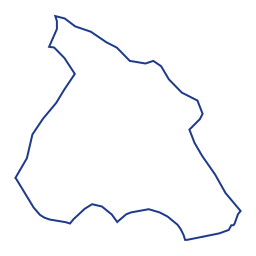 outline of Pyongsong City, P'yŏngan-namdo, North Korea
{"feature_id": "82179303B57975227411207", "entity_name": "Pyongsong City", "entity_type": "district", "adm_level": 2, "iso_a3": "PRK", "parent_name": "North Korea", "parent_adm1": "P'yŏngan-namdo", "projection": "robinson", "projection_center": [125.901, 39.318], "detail": "fine", "context": "isolated", "style": "outline", "palette": "blue", "viewbox_px": 256, "rotation_deg": 0, "n_neighbors": 0, "source": "geoboundaries", "source_scale": "gbopen_adm2", "svg_char_len": 873}
<svg xmlns="http://www.w3.org/2000/svg" viewBox="0 0 256 256"><path d="M240.6,211.0L225.5,193.0L215.1,174.5L202.2,156.0L194.5,142.8L189.4,129.6L199.9,119.1L202.6,113.8L198.2,102.5L197.5,100.6L181.8,92.6L168.9,79.4L161.1,66.2L153.3,60.9L145.5,63.5L129.8,60.9L116.8,47.6L106.4,42.3L90.8,31.7L75.2,26.4L64.8,18.5L55.3,16.1L56.9,21.1L56.9,29.0L49.1,46.8L54.1,47.5L64.5,58.1L74.8,73.9L64.2,89.7L56.2,102.9L43.0,118.7L32.4,134.5L26.9,158.2L15.4,178.0L16.4,179.2L33.6,207.5L40.0,214.9L44.3,217.6L49.6,219.5L65.7,222.2L70.0,223.5L73.6,219.1L77.3,215.7L84.7,208.8L92.1,204.2L101.9,206.5L111.8,214.5L117.2,222.0L126.2,214.3L131.1,212.4L148.7,209.2L159.6,212.4L167.5,216.5L177.5,224.7L180.6,229.0L183.5,234.8L185.1,239.9L186.7,239.9L187.3,239.8L219.2,233.4L228.8,229.9L231.3,225.3L233.5,225.2L234.6,223.6L238.0,214.1L240.6,211.0Z" fill="none" stroke="#1e3a8a" stroke-width="2"/></svg>